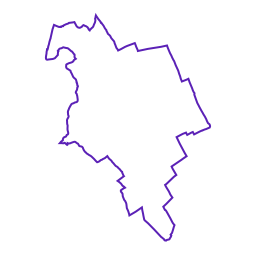 outline of Tanacu, Vaslui, Romania
{"feature_id": "2599482B56716933323538", "entity_name": "Tanacu", "entity_type": "district", "adm_level": 2, "iso_a3": "ROU", "parent_name": "Romania", "parent_adm1": "Vaslui", "projection": "mercator", "projection_center": [27.831, 46.668], "detail": "fine", "context": "isolated", "style": "outline", "palette": "violet", "viewbox_px": 256, "rotation_deg": 0, "n_neighbors": 0, "source": "geoboundaries", "source_scale": "gbopen_adm2", "svg_char_len": 5563}
<svg xmlns="http://www.w3.org/2000/svg" viewBox="0 0 256 256"><path d="M202.4,130.5L204.6,129.5L206.0,129.1L209.7,127.5L210.0,126.6L210.1,126.1L209.9,125.4L209.7,124.7L209.4,124.2L208.0,123.1L206.8,120.7L206.3,119.3L204.9,116.6L203.5,114.4L202.7,112.9L201.4,110.7L199.5,107.2L198.7,105.6L197.3,103.0L195.6,98.3L194.3,94.6L194.4,94.0L194.5,93.3L194.5,93.2L193.8,92.3L192.9,90.5L192.1,88.2L189.7,82.5L188.4,78.8L186.5,79.7L181.9,81.5L180.7,78.5L180.1,76.2L179.2,73.9L178.2,70.6L175.7,65.2L174.1,61.0L173.7,60.5L172.2,57.6L171.3,55.5L170.1,53.3L168.7,50.0L167.6,47.3L167.0,45.5L161.1,46.8L147.8,48.9L137.9,51.0L137.8,50.5L137.7,50.1L137.0,48.5L136.3,47.0L136.1,46.5L135.7,45.3L135.2,44.0L134.8,43.1L127.0,46.0L125.0,46.9L120.8,49.2L118.1,50.5L117.9,50.1L117.8,49.6L116.5,48.0L115.8,46.3L115.6,45.6L114.6,43.2L114.4,42.3L114.1,41.4L111.6,38.5L110.9,37.5L110.5,36.4L109.9,35.6L109.3,35.0L108.0,33.9L107.7,33.5L107.5,32.7L106.9,31.7L106.4,30.7L106.4,30.2L105.5,29.1L104.8,28.1L103.9,26.4L103.4,25.5L102.2,24.0L101.4,22.8L101.0,22.9L100.7,22.4L100.5,21.8L99.8,20.8L99.4,20.4L98.8,19.6L98.1,18.8L97.3,17.5L96.3,16.1L95.9,15.4L95.7,16.1L95.6,16.8L95.5,17.6L95.2,18.3L95.1,18.9L95.3,19.5L95.4,20.1L95.2,21.4L94.9,22.6L94.0,24.5L93.3,26.4L92.7,27.3L91.8,28.0L90.1,29.7L89.9,30.0L89.7,30.4L89.0,29.8L88.5,29.0L88.5,28.5L87.9,27.9L87.5,27.2L86.6,26.6L86.0,26.2L84.6,25.7L83.6,25.1L82.7,25.6L82.4,26.0L81.8,26.8L80.1,27.7L79.5,27.8L78.1,27.5L76.7,26.4L74.4,22.1L72.9,22.4L68.9,22.9L68.6,23.3L67.7,23.7L65.9,24.3L64.7,24.9L63.8,25.3L63.4,25.6L63.2,26.1L62.5,26.0L62.1,26.1L61.4,26.9L61.0,27.0L60.4,26.7L60.1,27.0L58.8,26.9L56.5,26.0L54.0,24.9L53.2,27.3L52.9,28.3L52.7,28.8L52.6,29.0L50.7,37.5L50.5,38.7L50.3,38.9L49.4,42.0L48.8,44.8L48.4,45.8L48.3,46.4L48.2,46.5L48.2,47.1L47.6,49.4L47.0,49.3L46.9,50.5L46.6,51.8L46.5,53.5L46.2,55.3L46.1,55.7L46.0,56.7L45.9,57.8L46.0,58.5L46.1,58.8L46.3,59.3L46.5,59.5L47.2,59.7L48.4,59.5L52.6,59.0L53.4,58.8L54.9,58.2L57.9,54.9L57.8,54.1L58.1,51.7L58.4,51.2L57.9,50.8L59.0,49.3L59.5,48.8L60.2,48.5L61.6,48.2L63.2,47.3L66.2,48.0L67.7,48.2L69.0,49.2L71.4,51.3L72.0,51.5L72.9,52.6L73.5,53.5L74.0,54.1L74.5,54.5L74.6,55.6L74.5,56.9L74.6,57.3L75.0,58.0L75.8,58.8L74.0,60.0L73.6,60.5L73.5,61.0L73.0,61.5L72.8,61.6L72.5,62.0L70.7,62.7L69.1,63.1L66.6,64.3L66.3,64.6L66.2,65.1L66.2,65.9L66.1,66.7L66.1,67.0L66.7,68.4L67.3,68.7L70.3,70.6L70.5,70.8L70.8,72.0L71.7,73.6L73.2,76.9L74.2,78.0L75.2,78.8L75.7,79.3L76.0,79.8L76.9,82.8L76.7,82.8L77.5,85.3L77.6,85.5L77.4,85.6L77.5,86.0L77.8,86.2L77.9,86.4L77.8,86.6L77.6,87.1L77.3,88.1L77.2,88.1L77.1,89.3L76.9,89.9L75.9,91.8L75.8,92.3L75.8,92.6L75.9,92.9L76.4,93.4L76.6,93.7L77.3,96.2L77.3,96.5L77.4,97.2L77.7,99.4L77.7,100.2L77.6,101.0L77.0,101.8L76.8,102.0L76.5,102.1L74.5,102.6L73.7,103.2L72.3,103.6L71.5,104.1L70.6,105.5L70.1,106.4L69.1,108.3L68.8,109.2L68.0,111.1L67.9,111.9L67.9,112.6L68.0,113.0L68.1,114.8L68.2,115.1L68.6,116.0L68.6,116.5L68.3,117.5L67.5,118.7L67.0,120.1L67.0,120.4L67.0,120.8L67.1,121.5L67.1,122.8L67.2,124.1L67.5,125.0L67.6,125.4L67.6,126.2L67.5,128.3L67.5,129.4L67.6,130.2L67.8,131.1L68.0,131.8L68.2,132.7L68.2,133.7L68.1,134.0L67.7,134.5L66.7,135.0L66.3,135.9L66.2,136.2L66.0,136.5L65.3,136.8L64.5,137.1L63.8,137.5L63.3,138.1L62.9,139.2L62.8,139.7L62.9,140.1L62.8,140.4L61.5,141.3L60.8,141.9L60.6,142.3L59.9,143.1L60.0,143.1L61.3,143.1L63.4,143.3L64.6,142.8L64.9,142.9L65.2,143.3L67.1,144.9L67.5,144.6L67.6,143.1L68.5,143.5L69.6,143.4L70.5,143.2L71.0,142.9L72.4,142.4L72.9,142.2L74.3,141.8L74.6,141.8L75.3,141.9L77.1,143.3L78.0,143.7L79.3,146.0L79.5,146.1L80.9,146.4L81.7,146.6L82.3,147.0L82.8,147.7L83.0,148.1L83.2,148.8L83.4,149.2L83.8,150.1L84.9,151.7L86.0,152.6L86.6,153.4L87.5,153.9L89.2,155.1L90.6,155.8L91.7,156.7L94.1,159.0L95.7,160.8L97.1,162.2L97.7,162.1L99.6,161.2L99.8,160.9L100.2,160.6L100.6,160.2L102.2,159.6L102.6,159.2L104.9,158.1L105.5,157.6L107.3,156.1L109.0,158.6L111.2,160.5L111.7,161.1L112.0,161.7L112.4,162.2L113.6,163.4L114.2,164.2L115.3,165.5L115.8,166.0L117.5,167.0L118.5,168.2L119.6,169.1L121.1,171.0L121.5,171.4L122.1,171.8L122.2,172.0L122.2,172.7L122.3,172.9L122.8,174.0L123.6,175.9L123.9,176.2L117.6,180.9L119.2,182.0L119.9,182.6L121.0,183.6L121.6,184.4L121.9,184.9L122.6,185.8L123.9,186.6L125.0,187.7L124.4,188.0L123.5,188.4L123.3,188.6L122.2,189.3L120.9,190.3L120.8,191.0L121.1,191.9L121.4,192.2L121.7,192.6L121.8,192.6L122.2,193.2L122.5,193.7L122.6,194.5L122.8,196.4L124.2,199.9L125.2,201.1L126.1,203.0L126.4,204.2L126.8,207.8L126.9,208.3L128.0,210.6L128.5,212.0L129.1,214.0L129.4,215.4L135.7,211.7L141.9,207.4L142.3,210.2L143.1,213.9L143.4,215.7L144.2,219.5L144.3,219.8L145.0,220.6L148.0,223.2L154.1,229.4L161.3,237.1L161.8,237.4L164.1,239.3L164.3,239.6L164.4,240.1L164.8,240.4L165.5,240.4L165.8,240.6L166.1,240.6L166.9,239.9L167.9,239.7L168.9,239.5L169.3,239.3L169.6,239.0L169.8,238.4L170.2,237.8L170.8,236.9L171.3,235.6L170.7,234.9L170.6,234.7L171.2,234.0L171.4,233.6L171.9,233.1L172.1,232.7L172.4,231.7L173.1,229.5L173.8,227.0L174.5,225.1L174.3,224.8L174.0,224.6L173.5,223.9L173.0,223.3L172.5,222.5L171.2,220.0L170.5,218.6L167.1,212.5L166.1,210.8L165.4,210.0L165.1,209.9L164.9,209.9L163.3,206.7L166.4,203.8L172.4,197.6L170.5,194.8L170.0,193.9L169.6,192.9L169.2,192.1L168.8,191.3L166.4,187.4L165.5,185.8L165.1,184.9L165.7,184.5L166.7,183.7L172.0,178.6L173.9,176.8L176.3,175.0L172.6,168.7L171.6,166.5L181.2,160.0L183.4,158.4L186.6,156.2L184.6,152.8L179.7,143.6L176.6,137.1L182.7,133.9L186.0,132.6L186.6,133.9L187.2,134.9L191.4,132.6L192.8,132.0L194.1,134.4L199.8,131.5L202.3,130.4L202.4,130.5Z" fill="none" stroke="#5b21b6" stroke-width="2"/></svg>